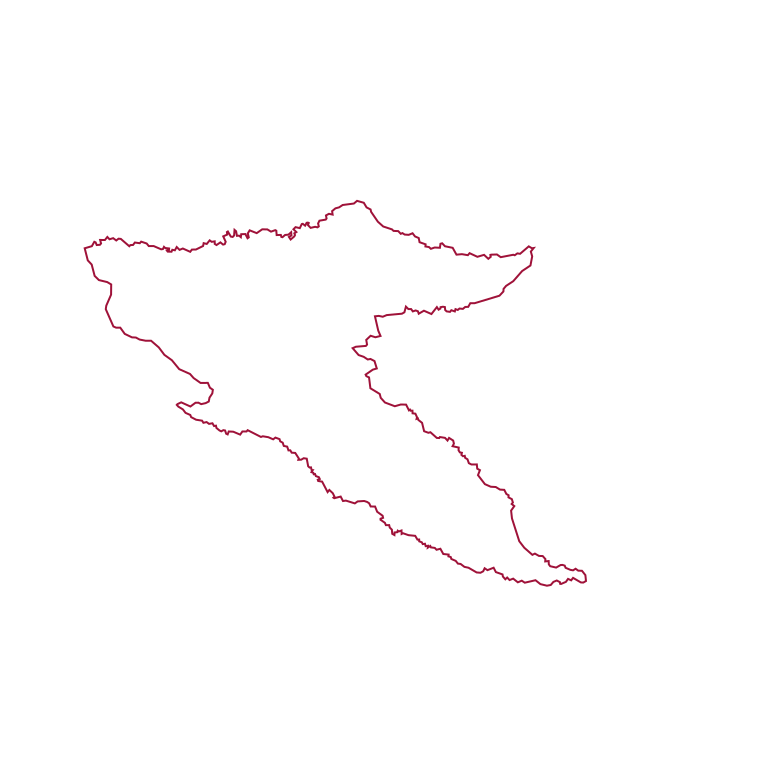 Piendamó, Cauca, Colombia, rotated 148°
{"feature_id": "7082276B51071963604741", "entity_name": "Piendamó", "entity_type": "district", "adm_level": 2, "iso_a3": "COL", "parent_name": "Colombia", "parent_adm1": "Cauca", "projection": "orthographic", "projection_center": [-76.57, 2.735], "detail": "fine", "context": "isolated", "style": "outline", "palette": "rose", "viewbox_px": 768, "rotation_deg": 148, "n_neighbors": 0, "source": "geoboundaries", "source_scale": "gbopen_adm2", "svg_char_len": 6166}
<svg xmlns="http://www.w3.org/2000/svg" viewBox="0 0 768 768"><g transform="rotate(148 384 384)"><path d="M565.9,657.7L569.7,645.8L568.6,640.2L572.1,629.0L570.7,623.2L564.7,617.1L562.6,613.0L568.1,604.4L578.0,597.6L580.3,594.9L583.0,576.2L581.3,573.7L577.8,571.5L577.3,563.9L573.0,557.1L569.8,554.9L567.7,551.2L563.1,546.9L558.6,544.1L555.6,534.4L554.8,525.1L551.3,516.6L549.8,505.1L543.2,495.3L542.3,489.9L539.0,482.1L532.8,478.3L533.6,473.1L532.2,469.8L534.6,467.0L539.2,464.9L541.9,462.0L545.4,462.3L549.7,463.8L551.3,466.5L553.8,468.0L560.1,467.5L565.7,475.9L569.8,476.4L570.8,476.1L570.4,473.8L568.0,469.0L567.6,464.7L564.7,460.4L565.1,458.1L562.3,453.3L557.7,449.3L557.7,446.8L554.6,445.7L553.5,442.9L550.3,441.6L550.4,438.4L548.6,437.7L549.4,435.5L548.1,431.7L547.1,430.1L544.7,430.0L543.4,428.8L544.2,425.5L543.3,424.1L540.8,426.0L537.1,423.4L532.8,417.3L529.2,418.8L525.7,416.6L524.1,417.1L516.4,404.3L514.5,403.9L510.3,400.2L507.3,395.8L504.5,396.1L501.8,392.6L502.4,390.4L501.0,387.9L501.8,384.6L499.3,382.2L500.2,378.3L498.6,377.4L498.7,374.7L495.8,372.6L495.7,366.0L496.8,365.1L494.3,363.7L491.4,363.6L489.1,361.6L491.9,354.4L491.4,352.6L490.1,352.0L491.0,349.3L490.1,348.7L492.2,347.7L491.0,346.1L491.4,344.7L490.2,344.2L490.6,342.0L488.6,339.5L488.8,337.5L490.9,337.9L491.2,336.6L488.2,334.0L489.1,322.2L486.5,323.1L485.3,318.5L485.7,314.6L487.1,314.4L486.7,313.5L480.4,311.5L480.8,306.5L478.1,305.3L472.0,298.2L468.6,298.4L462.8,295.3L460.8,292.9L459.8,290.7L460.2,287.2L456.5,284.8L457.5,279.3L455.0,273.0L455.7,271.0L458.3,271.6L458.9,270.7L456.8,265.8L457.2,263.3L454.4,261.6L455.2,259.2L454.5,256.3L456.4,252.6L455.2,250.4L453.7,252.5L451.3,251.3L450.1,252.3L449.6,251.1L446.8,250.5L448.5,247.5L447.0,247.4L443.3,242.8L438.0,238.7L438.1,234.3L436.6,233.5L437.5,231.9L435.8,229.7L436.0,227.7L433.9,226.8L434.6,224.4L432.4,223.5L433.6,222.0L430.6,222.1L430.8,220.6L427.8,218.1L427.3,215.6L423.5,214.4L423.8,208.4L419.6,205.1L420.7,203.7L419.1,201.9L419.6,199.9L416.9,196.0L416.5,192.5L414.4,190.8L412.7,186.3L409.7,183.4L405.3,175.1L402.2,172.8L399.1,172.6L396.3,174.4L394.9,171.3L388.4,170.1L388.8,165.2L384.4,159.7L385.2,157.7L384.6,154.1L382.1,154.6L381.4,151.2L377.6,150.5L375.6,144.9L371.4,144.2L369.9,140.9L359.5,137.3L357.4,131.4L352.7,126.6L349.1,125.2L345.2,126.4L341.6,125.8L339.8,122.7L340.5,121.2L339.8,120.6L334.6,119.8L331.2,121.2L329.3,118.3L326.4,119.4L322.2,111.4L320.2,110.0L317.1,109.9L314.5,115.2L315.1,120.7L318.2,122.8L319.4,125.8L322.4,125.8L324.4,127.6L327.4,131.9L327.0,134.2L328.5,136.0L330.2,136.9L335.3,137.1L339.6,141.4L339.8,143.7L338.2,146.6L341.3,148.1L339.9,150.0L340.6,154.0L343.7,156.1L345.9,160.2L348.7,160.5L351.8,170.8L352.6,179.0L346.7,202.2L343.3,209.3L338.2,211.4L339.3,214.6L337.5,215.2L336.6,218.6L338.5,221.9L337.3,223.6L338.5,225.9L338.1,230.5L341.6,233.0L343.8,237.4L347.9,240.3L351.5,245.6L352.6,256.9L348.3,260.1L349.8,262.8L347.9,266.6L352.5,269.4L354.0,271.9L353.1,275.9L354.3,278.4L353.6,280.3L355.3,280.9L355.9,282.9L354.4,284.4L355.9,285.8L355.9,288.3L354.3,290.5L358.8,294.9L356.3,296.4L355.3,299.4L357.4,303.8L360.1,302.4L360.8,306.0L364.7,309.4L365.8,308.9L367.8,310.3L370.2,318.5L372.2,319.1L375.0,322.7L372.3,330.9L373.9,335.3L373.5,336.9L374.8,337.2L373.6,338.4L373.1,342.2L375.3,344.0L374.0,346.3L375.5,347.2L375.5,348.5L376.8,348.4L376.2,354.8L380.6,357.7L386.6,359.4L393.0,367.8L394.1,374.0L392.9,377.8L397.8,387.6L393.2,397.5L394.8,400.0L394.6,401.7L385.9,402.1L381.9,401.0L379.9,408.5L382.2,412.4L384.8,413.4L386.8,417.8L390.2,422.0L391.6,431.0L388.1,430.5L379.2,425.9L377.5,426.4L375.7,430.8L369.8,432.0L366.5,428.2L361.5,426.6L360.6,432.3L355.8,446.2L352.3,444.5L349.4,441.7L345.2,441.0L331.5,434.1L328.7,434.0L324.4,438.0L323.6,434.6L321.3,433.2L321.1,430.3L318.2,429.6L316.7,427.7L317.3,425.2L311.3,425.0L306.7,418.2L298.4,421.2L298.3,418.1L296.2,418.1L295.3,419.2L293.1,418.3L291.6,417.0L292.9,414.3L292.4,412.4L289.8,410.2L287.8,410.9L285.5,408.0L283.7,409.6L282.2,407.7L280.0,408.0L277.3,405.9L274.3,406.3L271.7,404.8L268.0,406.8L264.3,404.5L239.3,397.7L233.7,399.2L232.2,401.3L228.5,402.5L219.9,402.7L207.0,406.6L197.0,406.9L190.7,413.7L189.3,418.5L185.0,420.0L186.6,420.7L188.3,424.0L199.6,422.3L201.7,424.1L204.9,423.9L205.9,425.1L217.8,429.7L219.6,434.0L224.6,436.9L225.4,437.1L226.1,435.3L229.2,434.9L230.7,440.5L237.4,442.4L242.1,449.6L244.6,448.8L249.1,452.8L254.0,455.3L253.6,463.1L259.3,468.5L260.1,472.5L261.8,473.0L264.4,469.9L268.7,472.9L272.6,473.8L273.3,476.3L276.0,478.7L274.7,480.4L278.7,485.4L277.2,489.4L279.5,492.7L279.9,496.7L284.0,497.4L287.3,499.8L288.4,502.2L290.2,502.5L290.9,506.1L294.8,508.8L295.3,510.9L301.2,518.0L303.2,524.9L303.7,536.9L302.9,539.1L305.2,543.0L305.1,548.4L309.8,553.6L313.9,553.0L324.2,557.7L328.5,557.6L332.1,558.7L336.4,558.1L337.8,554.9L340.5,557.5L343.9,557.7L345.0,554.8L346.3,554.3L352.2,556.7L354.8,555.1L355.8,552.2L357.4,552.1L359.1,553.8L363.5,555.3L364.3,559.2L362.5,560.4L363.0,561.2L364.2,561.7L367.0,560.1L368.0,562.9L369.0,563.2L372.8,560.8L375.9,563.9L378.8,563.2L377.8,559.3L380.2,559.3L380.5,557.5L381.9,556.7L386.6,556.0L386.7,559.1L383.8,559.0L382.3,561.9L385.9,561.3L388.9,562.8L392.3,562.3L393.1,563.1L392.5,565.1L396.1,567.2L394.1,571.1L394.7,572.1L399.1,573.1L401.0,576.9L405.3,579.7L412.0,579.4L416.5,585.5L419.7,583.9L421.0,580.0L422.5,579.9L422.1,584.6L425.7,586.7L427.6,584.4L428.3,586.6L430.2,587.6L428.5,591.9L429.1,593.9L432.4,589.4L434.4,588.9L435.8,590.2L435.6,596.1L436.7,596.1L437.8,593.8L442.1,594.4L442.9,588.5L445.0,587.0L446.6,587.5L447.7,590.8L452.4,590.6L453.3,592.5L452.0,594.7L454.8,595.9L455.7,598.2L460.1,596.7L462.3,599.0L464.3,596.9L472.2,597.7L475.7,599.8L478.3,598.8L482.8,605.5L486.3,606.1L487.2,610.0L490.5,608.2L492.4,610.0L494.1,608.8L497.3,610.9L497.4,612.4L495.3,611.7L494.4,612.8L497.5,615.3L497.9,616.9L500.0,615.6L501.6,616.3L506.2,623.0L510.4,625.6L510.8,628.9L514.5,633.4L516.5,632.8L520.3,636.0L523.1,634.9L525.5,636.2L527.0,635.8L530.3,646.5L532.1,647.9L535.0,647.6L536.4,651.2L540.1,652.2L540.7,655.3L544.4,654.0L548.4,656.6L549.5,653.1L551.2,652.6L554.0,654.1L553.5,656.9L554.3,658.1L558.7,655.7L565.9,657.7Z" fill="none" stroke="#9f1239" stroke-width="2"/></g></svg>